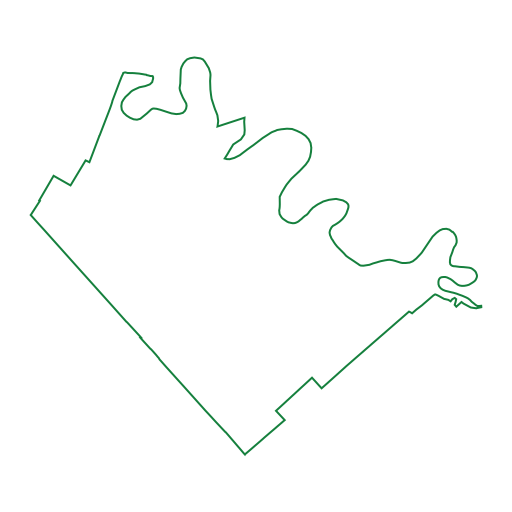 outline of Radulesti, Ialomita, Romania
{"feature_id": "2599482B66503708972863", "entity_name": "Radulesti", "entity_type": "district", "adm_level": 2, "iso_a3": "ROU", "parent_name": "Romania", "parent_adm1": "Ialomita", "projection": "orthographic", "projection_center": [26.36, 44.763], "detail": "fine", "context": "isolated", "style": "outline", "palette": "green", "viewbox_px": 512, "rotation_deg": 0, "n_neighbors": 0, "source": "geoboundaries", "source_scale": "gbopen_adm2", "svg_char_len": 5421}
<svg xmlns="http://www.w3.org/2000/svg" viewBox="0 0 512 512"><path d="M481.2,305.8L479.2,306.0L477.4,306.0L475.6,304.9L474.1,303.6L471.6,301.7L470.1,300.0L468.0,298.4L466.3,297.5L462.4,295.8L459.3,294.7L456.7,293.7L453.3,292.7L451.4,292.3L448.2,291.5L445.3,290.8L442.7,289.7L440.7,288.3L439.2,286.4L438.5,284.4L438.4,282.0L438.7,280.2L439.4,278.7L440.4,277.7L441.7,277.2L443.7,277.0L445.3,277.0L447.2,277.5L448.8,278.3L450.5,279.1L452.6,280.6L454.8,282.5L457.7,284.7L459.6,285.5L462.0,285.9L464.5,285.8L466.7,285.4L468.8,284.8L470.4,283.9L472.7,282.5L474.5,281.2L475.7,279.8L476.7,277.6L477.0,276.1L476.9,275.1L476.4,273.7L475.9,272.3L474.8,270.9L472.5,269.0L471.1,268.2L469.2,267.7L466.5,267.4L463.5,267.1L459.8,266.9L455.3,266.3L453.5,266.2L452.4,265.9L451.2,265.2L450.3,264.2L449.9,262.3L450.0,260.0L450.4,257.1L451.0,255.6L452.3,252.2L453.1,249.6L454.1,247.2L455.5,245.3L456.6,242.6L456.7,240.6L456.4,238.4L456.0,236.7L455.2,235.0L454.1,233.4L452.8,231.9L452.5,231.9L452.2,231.9L450.4,230.4L449.3,229.6L446.3,228.8L442.7,229.1L439.9,230.3L438.9,231.0L436.5,232.8L432.6,236.6L428.8,242.2L421.8,252.6L420.3,254.3L416.3,258.5L412.8,261.3L409.6,262.6L408.6,262.7L406.6,262.9L406.0,263.0L405.3,263.0L402.4,263.0L401.8,262.9L400.5,262.6L397.0,261.5L395.1,260.9L392.4,260.2L391.0,260.0L389.9,259.8L387.8,259.9L385.2,260.3L380.7,261.2L378.3,261.9L376.7,262.4L373.1,263.4L369.4,264.8L363.5,265.7L360.9,265.6L360.1,265.3L359.6,265.1L358.8,264.5L358.1,264.0L356.0,262.6L354.1,261.3L350.8,259.1L348.8,257.8L346.6,256.2L346.0,255.7L343.8,253.2L337.2,246.6L335.2,244.1L333.9,242.2L332.7,240.2L331.9,239.1L331.7,238.8L331.5,238.5L330.7,236.5L330.1,235.3L329.9,234.4L329.7,233.5L329.6,232.7L329.6,232.2L330.1,230.1L331.5,227.4L332.9,225.9L335.1,224.7L336.4,223.9L337.6,223.1L339.3,221.9L340.9,220.5L342.5,219.0L343.9,217.3L345.1,215.7L345.9,214.3L346.4,213.4L347.0,211.7L347.9,209.2L348.4,207.5L348.5,205.8L348.1,204.3L346.3,202.3L342.9,200.4L336.1,198.9L332.7,199.3L329.0,199.8L323.2,201.5L321.6,202.4L317.9,204.3L316.2,205.4L315.5,205.9L314.7,206.5L312.8,207.8L311.9,208.8L310.8,209.9L310.2,210.6L309.7,211.2L309.4,211.6L309.2,211.8L308.4,213.0L307.3,214.2L306.7,214.8L305.9,215.3L304.8,216.0L304.0,216.7L302.9,217.6L301.7,218.8L300.4,219.8L299.9,220.2L298.9,221.1L298.0,221.7L297.5,222.0L296.2,222.6L295.1,223.0L294.5,223.1L293.5,223.2L293.1,223.2L292.6,223.2L290.5,222.8L289.4,222.5L288.7,222.4L287.2,221.7L286.0,220.9L284.4,219.8L282.7,218.6L281.5,217.3L280.4,215.5L279.8,214.4L279.6,214.1L279.4,212.3L279.2,210.3L279.5,208.8L279.7,206.9L279.8,204.3L279.7,196.8L280.5,195.2L281.9,192.3L285.0,187.1L286.6,184.6L288.7,182.0L291.4,178.7L299.6,171.0L302.2,168.3L305.7,164.6L306.9,162.9L308.4,160.8L310.1,156.8L311.0,152.0L311.3,147.6L311.2,147.2L310.6,143.1L308.8,139.6L308.6,139.2L305.6,135.9L301.4,133.0L296.8,130.8L292.1,129.0L287.0,128.7L281.2,129.3L277.2,130.0L275.2,130.9L274.3,131.2L272.0,132.1L270.4,133.0L269.4,133.7L262.7,138.0L253.2,145.3L252.0,146.1L247.4,149.4L241.6,153.8L239.8,155.2L234.4,157.9L229.7,159.2L226.8,159.1L224.7,158.5L227.3,154.4L229.5,150.6L231.3,147.7L233.2,144.5L240.9,139.4L243.1,136.2L244.3,134.5L244.7,130.3L244.2,121.8L244.5,117.7L217.5,126.5L217.6,126.0L218.2,121.0L217.4,115.3L216.2,112.1L215.1,109.5L214.1,106.6L211.6,98.8L211.0,94.8L210.4,89.6L210.1,80.9L210.5,75.0L210.3,73.1L210.1,72.2L208.8,68.2L204.8,61.6L202.9,59.4L200.5,58.4L194.4,57.5L190.1,58.2L187.2,59.3L185.3,61.1L183.4,63.4L181.6,66.9L180.8,69.5L180.4,78.9L180.3,83.4L179.6,88.0L179.9,90.0L181.0,93.2L182.9,97.6L186.2,103.5L186.6,105.8L186.1,108.6L184.9,110.9L182.8,112.9L179.6,113.8L176.3,114.1L171.5,113.4L166.2,111.7L160.4,109.8L156.6,108.8L153.7,108.5L152.5,108.7L151.6,109.2L150.7,109.9L146.7,113.6L140.3,118.8L137.0,119.7L133.6,119.3L129.9,117.7L126.6,115.6L123.7,112.9L121.8,109.8L121.3,106.0L121.9,102.3L123.4,99.7L125.5,96.9L129.5,93.2L130.7,91.9L132.4,90.6L134.8,89.4L139.4,87.3L145.2,86.1L149.8,84.4L151.0,83.3L152.2,82.1L152.6,80.4L153.1,78.7L153.1,77.1L152.6,76.1L150.3,76.0L149.6,75.8L149.0,75.6L146.9,75.1L146.7,75.1L146.2,74.7L144.6,74.5L143.0,74.2L141.1,73.9L139.9,73.7L139.4,73.6L134.7,73.2L133.7,73.1L133.2,73.1L127.6,73.0L126.5,72.7L125.1,72.4L123.3,72.9L122.8,74.3L121.8,76.3L121.2,77.8L120.5,79.6L119.8,81.3L112.4,100.9L112.3,101.5L112.1,102.3L111.1,105.4L110.0,108.5L108.4,112.7L105.1,121.2L104.3,123.3L99.6,135.5L99.3,135.8L99.3,136.0L93.2,152.2L89.4,162.2L85.6,160.4L84.1,162.9L71.2,184.3L70.5,185.4L53.6,175.8L39.2,200.5L39.9,200.9L37.6,204.4L32.3,212.6L31.3,214.2L30.7,215.0L37.3,222.4L44.3,230.1L55.3,242.4L74.9,264.3L111.0,304.5L126.4,321.8L127.0,322.2L140.4,336.8L141.1,337.6L140.4,337.8L143.9,341.7L150.2,348.6L151.2,349.4L156.1,354.9L157.9,357.1L158.6,357.8L159.6,359.5L166.5,367.3L185.0,387.8L205.3,410.5L206.8,412.1L208.3,413.7L216.2,422.3L225.3,432.0L225.7,432.2L228.4,435.3L243.8,453.3L244.9,454.5L245.0,454.3L247.6,452.1L255.5,445.3L263.0,438.8L264.2,437.7L284.7,420.1L276.0,410.8L312.0,377.7L321.6,388.3L331.7,379.3L346.7,365.8L409.0,311.6L410.5,312.3L412.1,313.3L412.9,312.6L416.3,309.6L420.0,306.8L422.1,305.2L423.8,303.7L433.2,295.6L434.4,294.8L435.1,294.4L436.4,294.8L438.7,295.9L441.2,297.3L444.3,299.0L445.1,299.1L448.4,299.9L450.6,301.3L452.3,299.2L454.7,297.9L456.2,299.2L455.6,301.9L454.7,304.8L456.3,306.7L461.5,302.0L462.5,302.8L463.4,303.5L465.8,304.8L470.8,307.5L476.3,308.3L476.8,308.1L481.3,307.2L481.3,306.9L481.2,305.8Z" fill="none" stroke="#15803d" stroke-width="2"/></svg>